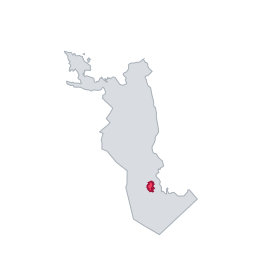 Chimbay, Karakalpakstan, Uzbekistan (highlighted), rotated 226°
{"feature_id": "79887680B3643857389786", "entity_name": "Chimbay", "entity_type": "district", "adm_level": 2, "iso_a3": "UZB", "parent_name": "Uzbekistan", "parent_adm1": "Karakalpakstan", "projection": "robinson", "projection_center": [59.5, 43.045], "detail": "fine", "context": "in_parent", "style": "filled", "palette": "rose", "viewbox_px": 256, "rotation_deg": 226, "n_neighbors": 0, "source": "geoboundaries", "source_scale": "gbopen_adm2", "svg_char_len": 4774}
<svg xmlns="http://www.w3.org/2000/svg" viewBox="0 0 256 256"><g transform="rotate(226 128 128)"><path d="M198.3,116.4L201.9,114.8L204.0,115.9L204.2,116.5L202.0,117.7L200.0,118.4L199.5,119.9L197.5,120.6L195.6,122.7L192.5,124.9L192.5,125.3L192.8,125.7L193.9,125.9L196.0,127.1L198.0,126.4L198.5,126.6L199.1,127.3L199.7,129.2L200.6,129.7L203.6,130.8L205.8,130.8L206.9,131.2L207.0,131.0L207.0,128.1L208.0,128.6L208.9,128.2L209.2,126.8L209.0,125.8L209.7,125.3L210.1,125.6L210.2,126.5L211.3,127.1L212.1,128.5L212.4,130.2L214.5,130.6L215.2,130.3L215.7,130.5L216.1,132.6L216.4,132.7L218.2,132.3L219.8,133.2L221.7,134.8L223.7,134.9L224.1,135.2L225.6,134.9L227.2,135.3L227.3,135.6L227.0,135.9L223.2,137.9L222.2,139.2L221.4,139.6L219.0,138.9L218.7,139.7L219.1,140.5L218.6,141.4L217.4,141.1L217.1,140.6L216.0,140.9L214.7,142.2L214.1,143.4L212.8,143.7L211.1,144.9L210.3,144.0L209.0,144.1L207.3,143.2L206.5,143.0L199.0,144.2L198.4,144.0L197.5,142.5L195.6,141.6L195.6,140.8L199.3,137.6L199.7,136.6L198.4,136.1L198.6,135.2L195.9,132.6L195.5,132.4L195.1,132.5L194.3,134.5L187.7,137.8L186.8,137.5L185.2,136.2L184.2,135.8L183.0,136.8L183.1,138.1L181.9,139.0L183.2,142.4L183.1,142.9L182.3,143.0L183.0,144.3L182.4,144.4L179.2,143.9L175.5,144.7L175.6,145.2L179.0,145.1L179.4,145.4L179.5,145.8L179.3,146.0L177.6,146.3L177.4,146.9L178.4,148.4L178.0,148.7L177.3,148.4L176.9,149.4L175.8,149.3L175.2,152.3L174.4,153.3L173.1,153.8L165.2,152.4L163.1,153.4L161.8,154.7L161.0,157.8L161.1,158.2L164.5,159.4L165.1,161.4L169.2,161.5L169.9,161.8L170.3,162.3L170.5,162.9L169.4,166.0L170.0,168.8L170.7,170.1L173.2,172.5L173.1,173.9L172.6,175.1L172.0,176.1L171.2,176.6L170.3,177.9L169.4,179.5L167.7,181.7L167.2,182.8L167.1,186.3L166.7,187.3L166.6,186.9L166.0,186.5L164.2,186.4L163.8,186.0L161.5,186.8L160.0,186.4L158.5,185.0L155.6,184.5L152.1,184.8L151.8,181.2L151.9,178.6L153.1,176.5L153.0,176.1L152.4,175.4L150.2,174.8L147.7,173.2L145.3,172.1L143.9,171.7L142.4,172.3L141.1,172.1L134.7,167.9L129.3,164.8L125.6,161.6L123.9,162.0L119.2,159.0L116.1,155.9L106.1,149.1L104.1,147.4L103.6,146.5L102.8,142.4L101.8,140.4L100.6,139.4L99.5,137.4L97.8,132.5L97.2,131.6L94.2,129.5L92.4,129.0L91.2,129.4L90.5,130.2L89.5,130.3L85.2,129.4L80.4,129.8L76.2,127.3L75.9,126.9L75.9,126.2L76.7,124.5L76.6,123.8L76.0,123.0L76.0,122.2L76.4,121.7L77.2,121.9L77.4,121.6L77.3,121.1L76.4,120.1L74.5,119.2L74.8,118.5L74.9,116.9L75.2,116.1L75.0,115.8L73.5,114.6L68.8,114.6L67.7,114.2L66.8,113.8L65.9,112.0L65.5,111.6L62.2,110.9L58.9,107.8L58.3,109.2L57.7,109.4L55.2,109.1L53.9,109.9L57.0,113.1L57.6,114.0L57.6,114.6L56.7,114.7L55.9,113.2L55.4,112.7L52.5,111.9L51.5,112.9L51.3,114.1L50.0,116.1L48.5,116.5L45.0,116.6L44.0,117.0L43.3,117.6L41.9,119.4L40.2,120.8L40.7,126.6L41.9,128.0L40.7,129.2L28.7,128.4L29.5,76.5L46.5,71.7L58.7,68.7L86.5,85.0L87.2,85.6L87.5,87.0L88.3,88.2L97.8,97.7L111.6,95.8L125.8,96.9L131.0,94.6L135.2,98.8L137.9,100.3L141.5,106.4L144.9,104.8L144.5,112.1L144.2,114.4L144.3,118.7L149.9,118.9L151.3,125.9L152.7,130.4L153.9,130.9L164.5,130.3L165.4,130.6L166.9,130.1L167.9,131.6L169.0,132.5L168.4,135.6L169.7,136.9L172.7,138.3L174.6,138.3L174.9,137.7L174.7,137.0L174.3,136.2L174.3,135.3L174.5,134.7L176.2,132.3L179.0,130.0L179.6,129.2L179.8,127.7L180.8,126.9L183.2,126.0L183.6,125.3L186.5,123.4L189.9,122.3L191.4,121.3L192.8,119.6L194.9,117.7L195.7,117.7L196.4,118.2L196.9,118.3L198.3,116.4ZM198.4,133.8L198.0,132.9L197.4,132.6L197.2,132.7L198.1,133.9L198.4,133.8ZM205.6,148.6L203.3,148.5L203.7,147.2L202.8,146.5L202.6,145.8L202.8,145.2L203.3,144.9L204.0,145.9L205.8,146.4L205.2,147.3L205.7,148.4L205.6,148.6ZM212.3,147.1L212.0,148.4L211.0,147.8L211.1,147.5L212.3,147.1Z" fill="#d9dde1" stroke="#a8b0b8" stroke-width="1"/><path d="M72.0,100.5L71.1,100.6L69.9,100.7L70.1,99.9L69.4,99.9L68.7,99.8L68.0,99.9L67.3,100.0L67.1,99.8L66.8,100.1L66.7,100.6L66.3,101.1L66.0,101.5L65.6,101.3L65.0,101.5L64.9,102.1L65.2,102.1L65.5,102.1L65.9,102.3L66.1,102.3L66.4,102.2L66.9,102.2L67.2,102.3L67.5,102.4L67.6,102.5L67.8,102.5L68.0,102.6L68.0,102.9L68.1,103.1L67.7,103.1L67.4,103.0L67.4,102.9L67.2,102.7L66.8,103.0L66.6,103.4L66.5,103.8L66.5,104.0L66.5,104.4L66.5,104.7L66.5,105.0L66.9,105.0L67.2,105.0L67.5,105.0L67.9,104.9L68.1,104.8L68.3,104.7L68.6,104.6L68.7,105.0L69.2,105.5L69.2,105.9L69.4,106.1L69.6,106.2L69.7,106.4L69.7,106.7L69.9,106.9L69.9,107.2L69.9,107.4L69.8,107.6L70.1,107.6L70.1,107.2L70.3,107.0L70.5,107.2L70.9,107.1L71.0,107.1L71.1,107.4L71.3,107.6L71.5,107.8L71.5,108.3L71.8,108.1L72.2,108.0L72.4,107.9L72.5,107.7L72.7,107.9L73.1,108.0L73.3,107.7L73.5,107.5L73.9,106.9L73.8,106.3L73.7,105.8L74.2,105.5L74.5,104.8L74.1,104.8L73.7,104.6L73.0,104.0L73.2,103.5L73.2,103.3L73.4,103.0L73.1,102.7L73.2,102.0L73.0,101.7L72.9,101.5L72.7,101.5L72.4,101.0L72.0,100.5Z" fill="#f43f5e" stroke="#9f1239" stroke-width="1.5"/></g></svg>